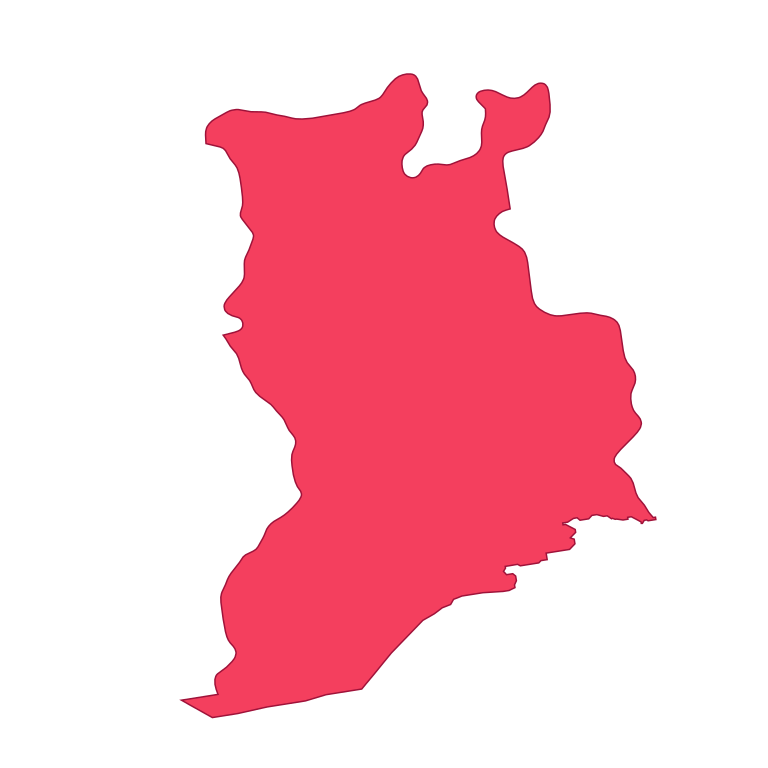 Dajabón, Dajabón, Dominican Republic, rotated 261°
{"feature_id": "3306468B69873779257439", "entity_name": "Dajabón", "entity_type": "district", "adm_level": 2, "iso_a3": "DOM", "parent_name": "Dominican Republic", "parent_adm1": "Dajabón", "projection": "equal_earth", "projection_center": [-71.604, 19.566], "detail": "fine", "context": "isolated", "style": "filled", "palette": "rose", "viewbox_px": 768, "rotation_deg": 261, "n_neighbors": 0, "source": "geoboundaries", "source_scale": "gbopen_adm2", "svg_char_len": 5701}
<svg xmlns="http://www.w3.org/2000/svg" viewBox="0 0 768 768"><g transform="rotate(261 384 384)"><path d="M657.7,355.0L658.5,344.7L659.7,338.4L661.0,334.7L663.9,327.8L666.5,320.2L670.9,309.7L671.9,305.6L673.7,295.3L677.9,282.9L678.2,280.9L678.2,276.7L678.0,274.7L676.9,271.0L672.3,258.6L670.6,255.1L668.5,252.2L665.9,249.7L664.5,248.8L661.3,247.4L657.9,246.7L649.3,245.8L643.7,259.3L641.9,262.1L639.3,264.0L630.5,267.3L623.6,271.3L620.4,272.7L615.1,273.7L609.6,274.0L600.3,273.9L591.0,273.5L585.6,272.9L582.2,272.1L575.4,269.0L572.7,268.5L571.4,268.7L568.8,269.8L554.2,277.8L551.5,278.4L550.1,278.2L547.5,277.2L537.7,271.7L530.9,267.1L527.9,265.6L524.5,264.8L514.4,263.4L511.1,262.5L509.5,261.7L506.3,259.4L503.5,256.5L494.3,245.0L491.6,241.9L488.7,239.5L487.1,238.6L485.5,238.2L482.2,238.3L480.7,238.9L478.1,240.8L475.2,244.7L472.5,250.4L471.6,251.7L470.4,252.7L469.1,253.5L466.3,254.1L463.4,253.6L462.0,252.9L460.8,251.7L459.8,250.1L459.2,248.4L458.5,244.7L457.4,232.8L453.3,234.9L445.4,238.1L437.0,243.1L432.1,244.5L421.9,245.7L418.6,246.5L415.5,247.7L408.5,251.8L405.3,252.9L398.8,254.6L395.7,256.0L391.2,259.4L381.6,269.0L378.7,271.0L374.2,273.6L367.3,278.2L364.3,279.7L356.2,282.0L353.0,283.1L347.6,286.2L344.8,287.5L341.6,287.9L338.5,287.3L335.7,286.0L331.7,283.5L328.6,282.0L323.3,280.8L317.8,280.4L308.5,280.3L301.2,281.1L296.2,282.4L291.1,284.9L288.4,285.3L286.8,285.0L285.3,284.2L282.5,282.0L279.9,279.1L276.0,274.2L272.4,268.9L270.2,265.1L268.4,261.2L265.5,253.8L263.7,250.6L261.5,247.8L259.0,245.5L253.2,242.0L250.5,240.1L242.9,234.1L240.8,231.8L239.4,228.8L236.9,220.6L235.2,217.8L230.4,213.4L221.1,203.4L218.2,200.8L215.2,198.7L210.7,196.1L203.9,191.5L202.4,190.7L199.0,189.5L193.7,188.8L177.1,188.4L164.2,188.7L158.9,189.3L155.4,190.2L152.4,191.6L148.5,194.1L145.7,195.4L142.5,195.9L140.9,195.7L137.7,194.3L136.2,193.2L133.6,190.5L128.9,184.1L123.8,174.4L122.8,173.1L121.5,172.1L118.6,170.8L113.8,170.1L108.7,170.5L103.4,171.5L103.4,134.5L97.7,141.6L81.4,162.3L81.4,165.7L81.4,188.2L83.0,212.9L83.3,218.2L83.3,223.4L83.3,256.9L86.2,278.1L86.2,301.8L86.2,312.1L86.2,314.3L90.4,319.0L99.4,329.3L108.3,339.2L117.2,349.2L144.5,385.4L149.2,397.8L153.9,406.6L154.1,407.6L155.8,415.3L158.0,417.1L159.2,418.0L160.5,419.1L161.3,423.1L162.1,426.5L162.4,427.8L162.4,439.8L162.4,449.0L161.8,455.3L160.8,466.1L160.5,469.0L160.5,475.3L161.3,477.8L162.4,481.5L165.2,481.5L169.0,484.0L173.7,484.0L175.5,482.4L176.5,481.5L176.5,475.2L176.9,474.9L178.2,474.1L180.2,472.7L183.1,475.2L184.9,475.2L184.9,479.7L185.0,487.7L183.1,490.2L183.1,502.1L183.1,505.8L183.1,508.9L184.3,510.5L185.0,511.4L185.0,517.7L185.7,517.7L186.6,517.7L191.6,517.7L191.6,539.7L191.6,541.0L191.6,541.4L192.1,542.1L196.3,547.6L201.0,547.6L202.7,544.2L202.9,543.9L207.5,550.1L210.4,550.1L212.2,547.7L216.9,541.3L216.9,538.8L218.8,538.8L218.8,543.8L220.6,547.8L221.6,550.1L221.7,553.8L218.8,556.3L218.8,565.1L221.7,568.8L221.7,573.8L218.9,580.1L218.9,583.8L216.2,586.7L215.3,587.6L215.6,588.6L214.2,591.2L214.2,591.9L214.2,592.6L212.3,598.8L212.3,603.8L214.2,603.8L214.2,607.5L210.0,613.2L207.6,616.3L206.1,616.3L205.9,617.4L208.6,619.7L208.7,622.1L207.6,623.4L207.6,631.3L210.0,631.3L210.0,629.0L215.7,625.5L223.6,622.2L232.0,617.2L236.9,615.8L247.2,614.6L252.1,613.1L254.9,611.4L263.7,604.9L268.3,600.1L271.0,599.2L273.9,599.6L275.5,600.4L278.3,602.8L282.3,607.5L292.8,621.8L296.8,626.7L299.7,629.5L301.2,630.6L304.5,632.0L306.1,632.1L309.3,631.6L312.0,630.3L316.0,627.8L318.9,626.4L322.2,625.6L325.6,625.2L330.8,625.4L335.8,626.4L338.8,627.9L345.7,632.1L348.9,633.1L352.3,633.5L355.6,633.2L358.8,632.3L367.1,627.5L372.3,626.0L379.5,625.5L399.8,625.8L405.1,625.2L408.5,623.9L411.2,621.8L412.4,620.5L414.5,617.5L416.1,614.1L418.0,608.5L421.5,599.7L422.5,595.6L423.2,588.7L423.6,569.8L424.2,565.3L424.8,563.0L426.4,559.0L429.7,553.8L433.6,549.3L436.6,546.8L439.9,545.2L445.3,544.1L452.8,544.0L481.3,544.9L486.8,544.7L492.2,543.5L495.6,541.7L498.5,539.1L502.6,534.4L510.4,524.5L513.2,521.6L516.4,519.2L518.0,518.5L521.3,517.7L524.7,517.7L528.0,518.5L529.6,519.3L532.2,521.6L534.3,524.6L535.9,528.0L536.7,532.0L537.2,536.0L556.9,536.1L580.3,535.7L585.7,536.2L589.0,537.2L590.5,538.2L591.8,539.5L592.8,541.2L593.5,543.1L594.1,547.1L595.0,558.1L595.9,562.6L596.6,564.7L599.5,570.2L603.1,575.2L605.8,578.1L608.8,580.6L614.8,584.1L621.7,588.7L626.7,590.6L634.0,591.7L645.0,592.3L648.4,592.2L651.5,591.8L654.3,590.3L655.6,588.9L656.3,587.2L656.7,585.3L656.7,583.4L655.7,579.9L653.9,576.8L649.6,570.7L647.6,567.4L646.1,563.7L645.7,561.7L645.7,557.6L646.6,553.7L648.2,550.4L651.1,546.0L655.3,540.0L657.0,536.6L657.6,534.6L658.1,532.7L658.4,528.8L658.0,525.0L657.4,523.2L656.3,521.6L654.9,520.5L653.5,520.0L652.0,519.9L650.5,520.2L648.0,521.5L640.0,527.2L635.3,526.7L632.0,526.0L628.9,524.8L623.3,521.6L620.1,520.3L616.5,519.5L607.4,518.4L603.8,517.4L600.7,515.6L599.4,514.4L597.1,511.6L595.4,508.2L594.2,504.2L592.7,494.1L590.4,483.7L590.5,480.3L592.7,472.1L593.2,468.3L593.2,464.4L592.7,460.7L591.4,457.6L590.5,456.4L586.4,452.9L584.6,450.7L583.3,447.9L583.1,446.1L583.2,444.2L583.7,442.5L585.4,439.6L587.9,437.4L589.5,436.7L591.2,436.2L594.8,435.9L598.4,436.1L601.8,436.8L605.0,438.4L606.4,439.5L607.5,440.8L611.7,448.1L615.0,452.1L617.6,454.2L627.5,460.7L630.4,462.3L633.6,463.3L636.9,463.8L644.3,463.8L646.7,464.2L648.7,465.4L652.9,470.1L655.4,471.1L656.8,471.2L659.5,470.6L664.8,467.9L667.8,466.7L679.9,464.9L683.0,463.5L684.4,462.2L685.4,460.6L686.0,458.8L686.6,454.9L686.4,450.9L685.5,446.8L683.7,443.0L680.2,438.1L676.3,433.7L669.9,427.9L667.8,425.4L666.9,423.7L665.8,419.8L664.4,409.4L663.6,405.6L663.0,403.9L660.1,398.6L659.5,396.9L658.7,393.0L658.2,386.4L657.7,355.0Z" fill="#f43f5e" stroke="#9f1239" stroke-width="1.5"/></g></svg>